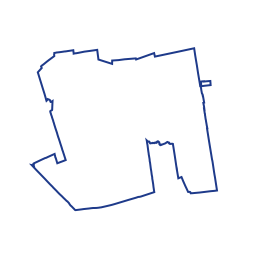 Colceag, Prahova, Romania, rotated 100°
{"feature_id": "2599482B36947039095978", "entity_name": "Colceag", "entity_type": "district", "adm_level": 2, "iso_a3": "ROU", "parent_name": "Romania", "parent_adm1": "Prahova", "projection": "robinson", "projection_center": [26.382, 44.938], "detail": "fine", "context": "isolated", "style": "outline", "palette": "blue", "viewbox_px": 256, "rotation_deg": 100, "n_neighbors": 0, "source": "geoboundaries", "source_scale": "gbopen_adm2", "svg_char_len": 5329}
<svg xmlns="http://www.w3.org/2000/svg" viewBox="0 0 256 256"><g transform="rotate(100 128 128)"><path d="M88.8,226.5L104.0,218.7L109.0,216.1L112.7,214.3L113.8,213.8L115.0,213.2L115.4,213.0L115.0,212.7L114.6,212.5L114.4,212.4L113.7,212.3L113.5,212.2L113.6,211.9L113.7,211.7L113.8,211.6L113.7,211.3L113.6,211.2L113.7,210.7L113.9,210.3L114.0,209.9L114.2,209.6L114.4,209.4L114.6,209.4L115.3,209.1L115.5,209.0L115.7,208.8L115.8,208.6L115.7,208.3L115.6,208.1L115.4,207.9L115.1,207.5L114.6,207.0L122.2,206.0L122.6,205.9L123.3,205.9L123.5,205.9L123.7,206.1L123.9,206.3L124.2,206.8L124.7,207.3L124.8,207.4L125.0,207.5L125.9,207.2L126.4,206.9L126.7,206.8L127.1,206.5L127.6,206.3L128.0,206.1L128.6,205.8L129.1,205.5L129.9,205.0L130.4,204.8L130.7,204.7L130.8,204.6L131.4,204.3L132.5,203.7L133.5,203.1L133.9,202.9L134.5,202.7L135.9,201.9L137.6,201.1L139.3,200.2L140.7,199.5L142.9,198.3L145.1,197.1L146.6,196.4L149.3,195.0L150.5,194.3L152.2,193.4L153.5,192.7L154.9,192.0L157.7,190.5L159.4,189.6L161.1,188.8L162.4,188.0L164.0,187.2L164.5,186.9L170.4,183.8L171.7,185.9L175.0,191.5L173.2,192.4L171.8,193.1L170.2,193.9L170.0,194.0L169.9,194.2L169.8,194.3L169.6,194.4L169.4,194.5L167.6,195.2L167.1,195.5L166.3,195.8L169.1,199.9L170.6,202.1L171.5,203.3L172.0,204.4L172.9,205.7L173.3,206.3L178.9,214.2L179.5,214.9L179.9,214.7L180.1,214.5L180.2,214.4L180.4,214.4L180.5,214.5L180.8,214.6L181.0,214.5L180.9,214.8L181.0,215.1L181.1,215.8L181.2,216.0L181.2,216.4L185.2,211.1L192.8,200.6L193.5,199.7L196.9,195.1L197.7,193.9L198.1,193.4L198.8,192.3L199.5,191.5L202.4,187.4L203.1,186.5L204.9,184.0L206.7,181.2L207.5,180.1L208.0,179.4L209.0,177.9L210.6,175.6L210.7,175.3L210.7,175.2L210.8,174.9L211.1,174.6L212.0,173.4L212.2,173.2L212.4,172.9L213.1,172.4L213.3,172.2L213.7,171.7L214.0,171.5L214.2,171.2L214.4,171.0L214.5,170.7L215.0,169.9L215.8,168.8L216.8,167.4L217.2,166.8L217.6,166.4L217.8,166.1L217.9,165.9L218.0,165.4L217.9,165.1L216.2,159.6L215.5,157.5L214.9,155.4L214.1,152.6L213.3,150.1L212.8,148.3L212.7,147.5L212.5,146.6L212.1,144.8L211.4,142.4L211.2,142.0L210.9,140.9L210.2,139.2L208.6,135.4L207.7,133.3L206.7,131.0L205.8,129.1L204.3,126.1L198.7,115.0L195.3,108.1L194.1,105.9L193.8,104.7L193.3,103.5L186.6,91.0L181.5,92.7L179.1,93.4L175.6,94.6L173.7,95.3L172.4,95.6L171.5,95.9L170.0,96.5L166.5,97.6L164.0,98.5L158.2,100.3L157.0,100.8L155.5,101.2L154.8,101.4L153.4,101.9L151.7,102.5L150.1,103.1L149.6,103.2L147.6,103.9L144.1,105.0L141.5,105.8L139.4,106.6L138.0,107.0L137.0,107.4L137.4,106.8L137.6,106.3L137.8,105.9L137.9,105.6L137.9,105.3L137.8,105.0L137.7,104.9L137.7,104.7L137.8,104.6L138.0,104.4L138.4,104.2L138.8,103.9L139.1,103.7L139.3,103.4L139.2,103.2L138.9,102.5L138.8,102.3L138.8,102.1L138.8,101.8L138.7,101.4L138.6,101.2L138.4,101.1L138.4,100.9L138.3,100.7L138.3,100.4L138.3,100.1L138.4,99.9L138.4,99.6L138.2,99.3L138.0,99.1L137.8,99.0L137.6,98.8L137.5,98.7L137.6,98.3L137.8,98.1L137.8,97.9L137.8,97.7L137.5,97.2L137.3,97.2L137.1,97.1L136.9,97.1L136.6,97.1L136.4,97.0L136.3,96.8L136.2,96.6L136.1,96.4L135.9,96.2L136.0,95.9L136.3,95.8L136.4,95.7L136.5,95.5L136.5,95.3L136.5,95.2L136.6,94.8L136.8,94.7L137.1,94.6L137.7,94.5L137.8,94.5L138.2,94.4L138.3,94.3L138.5,94.2L138.5,93.9L138.5,93.6L138.5,93.4L138.9,93.5L139.1,93.5L139.2,93.4L139.3,93.2L139.2,92.9L139.0,92.5L138.7,92.0L138.1,91.1L136.8,88.8L136.5,88.5L136.3,88.2L136.0,88.0L135.8,87.7L135.4,87.4L134.9,86.8L134.9,86.7L135.0,86.5L135.1,86.4L135.2,86.2L135.3,85.6L135.3,85.3L135.2,85.2L135.3,85.0L135.9,85.0L136.0,84.9L136.1,84.7L136.1,84.3L136.3,84.2L136.4,83.8L136.3,83.4L135.9,82.1L135.8,81.7L136.1,81.3L136.0,81.0L138.8,80.0L147.0,77.2L153.6,75.0L159.3,73.1L159.2,73.0L160.0,72.7L160.1,72.8L168.8,69.7L167.0,66.8L168.9,65.6L170.5,64.6L175.7,61.1L176.5,60.5L180.5,57.7L180.4,57.1L180.2,56.2L180.2,55.9L180.4,55.5L180.8,55.2L181.0,55.2L181.4,54.9L181.0,53.2L179.1,46.2L175.9,35.7L174.9,32.0L174.2,29.8L174.1,29.5L169.1,31.2L163.2,33.2L161.7,33.7L159.0,34.7L156.4,35.6L155.2,36.0L146.8,38.8L146.0,39.1L145.2,39.4L144.6,39.7L127.2,45.8L114.7,50.1L114.6,49.8L113.9,50.1L113.3,50.3L112.0,50.8L111.6,51.0L111.2,51.1L107.9,52.3L107.0,52.6L106.6,52.7L105.8,53.1L105.1,53.3L104.3,53.6L103.5,53.8L103.0,54.0L101.9,54.4L100.8,54.6L100.5,54.8L100.4,54.9L96.3,56.3L96.4,56.0L93.8,56.8L93.0,57.1L90.2,58.2L89.8,57.4L83.8,59.6L83.1,59.9L83.2,60.0L82.7,60.2L82.2,60.3L81.8,60.5L81.3,61.1L80.8,61.3L77.9,62.4L76.0,63.0L75.8,63.1L75.2,63.4L74.3,63.7L73.7,61.7L73.1,59.9L71.9,55.8L71.4,54.1L70.1,54.4L67.4,55.1L68.1,57.8L68.5,59.3L68.9,60.6L69.1,61.4L68.8,61.4L69.1,62.7L69.6,64.2L72.6,63.5L73.8,63.2L74.1,64.2L72.9,64.6L72.0,64.9L62.2,68.4L54.5,71.0L48.9,73.0L44.9,74.4L38.0,76.7L43.0,89.0L53.0,113.9L49.7,115.3L59.1,131.9L58.1,132.4L60.9,143.2L62.8,149.2L64.3,155.3L67.6,154.8L65.7,169.0L56.4,171.9L57.5,175.2L58.7,178.9L60.4,184.3L62.6,189.9L63.4,192.1L63.5,192.6L63.7,193.1L63.8,193.5L64.0,193.9L64.2,194.4L63.7,194.5L62.9,194.8L61.9,195.1L61.7,195.2L61.2,195.3L60.9,195.4L61.6,197.4L62.3,199.5L62.9,201.3L63.1,201.7L63.2,202.2L63.3,202.6L63.5,203.0L63.7,203.9L64.2,205.4L64.8,207.2L65.4,209.1L66.1,211.6L66.3,211.9L66.9,213.6L67.9,213.5L68.3,213.5L68.6,213.5L69.2,213.3L70.0,213.1L72.2,215.2L72.8,215.8L73.6,216.5L74.5,217.4L76.7,219.4L78.2,220.7L78.8,221.2L80.5,222.7L81.4,223.6L81.9,224.0L82.4,224.3L83.9,223.4L84.2,223.6L88.8,226.5Z" fill="none" stroke="#1e3a8a" stroke-width="2"/></g></svg>